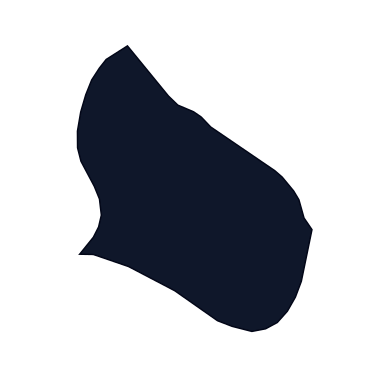 the Province of Bắc Ninh, rotated 24°
{"feature_id": "VNM-463", "entity_name": "Bắc Ninh", "entity_type": "Province", "adm_level": 1, "iso_a3": "VNM", "parent_name": "Vietnam", "parent_adm1": "", "projection": "natural_earth1", "projection_center": [106.104, 21.117], "detail": "fine", "context": "isolated", "style": "filled", "palette": "ink", "viewbox_px": 384, "rotation_deg": 24, "n_neighbors": 0, "source": "natural_earth", "source_scale": "10m", "svg_char_len": 616}
<svg xmlns="http://www.w3.org/2000/svg" viewBox="0 0 384 384"><g transform="rotate(24 192 192)"><path d="M216.4,289.2L164.3,285.9L127.2,289.2L114.7,294.5L120.3,273.5L120.9,261.9L118.6,250.0L110.3,236.0L100.5,226.6L78.1,209.1L69.5,198.2L62.6,183.0L57.8,164.2L55.4,146.4L54.8,130.4L57.0,116.5L59.7,105.8L73.6,84.8L131.4,113.9L143.7,118.4L160.9,118.1L170.0,119.8L182.6,125.0L259.1,138.9L268.3,141.7L284.4,149.7L292.8,155.6L304.9,170.2L316.9,177.6L328.2,229.1L329.2,246.0L327.6,262.1L323.0,276.5L314.9,287.0L303.4,295.0L283.3,298.4L267.6,299.2L216.4,289.2Z" fill="#0f172a" stroke="#020617" stroke-width="1.5"/></g></svg>